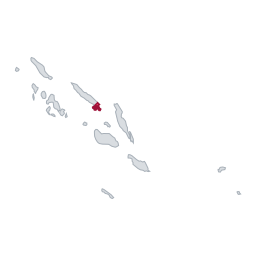 Gao-Bugotu, Isabel, Solomon Islands shown in context
{"feature_id": "97153195B92120906809587", "entity_name": "Gao-Bugotu", "entity_type": "district", "adm_level": 2, "iso_a3": "SLB", "parent_name": "Solomon Islands", "parent_adm1": "Isabel", "projection": "equal_earth", "projection_center": [159.757, -8.429], "detail": "fine", "context": "in_parent", "style": "filled", "palette": "rose", "viewbox_px": 256, "rotation_deg": 0, "n_neighbors": 0, "source": "geoboundaries", "source_scale": "gbopen_adm2", "svg_char_len": 6429}
<svg xmlns="http://www.w3.org/2000/svg" viewBox="0 0 256 256"><path d="M97.2,129.5L101.6,133.9L103.5,133.5L109.3,133.6L112.8,136.7L114.8,138.1L115.9,140.8L117.3,141.5L118.1,142.9L118.6,145.5L116.5,146.8L115.2,147.2L111.9,146.3L108.7,144.3L102.3,144.1L99.3,143.5L98.3,142.8L97.3,141.8L95.8,139.4L94.7,136.5L94.5,134.9L94.4,131.7L94.7,130.6L95.9,129.4L97.2,129.5ZM117.3,103.6L122.3,111.7L122.1,113.1L121.4,114.0L121.2,116.8L121.8,117.8L123.2,118.3L125.5,121.2L126.5,125.8L127.4,127.4L127.5,130.7L129.7,135.4L129.8,137.7L129.6,138.7L128.7,138.1L126.1,132.8L123.1,130.5L122.8,129.5L119.8,126.4L117.7,121.2L115.5,111.9L116.6,109.7L114.1,105.2L114.2,104.0L116.0,104.3L116.3,103.7L117.3,103.6ZM99.2,107.7L99.9,110.2L97.2,108.0L95.1,105.2L89.3,102.2L88.0,100.7L87.0,100.5L84.0,98.0L81.0,96.3L78.8,93.2L77.7,92.6L75.9,90.2L74.1,88.6L73.4,85.7L71.7,83.7L71.3,82.8L76.8,84.5L79.4,87.6L81.6,89.5L82.4,90.8L84.4,92.5L86.1,92.7L87.9,94.5L89.5,95.0L90.8,95.9L99.1,104.0L98.1,106.1L99.2,107.7ZM136.6,159.6L139.1,161.2L140.5,160.9L142.7,162.0L144.4,161.4L145.4,162.8L148.0,168.3L148.0,170.1L149.7,171.3L148.3,171.6L146.3,170.9L144.7,171.4L143.1,170.3L140.4,169.8L138.0,168.5L133.0,164.4L133.0,162.4L132.2,161.4L132.0,158.9L130.2,158.1L128.1,158.0L128.0,156.8L128.4,154.7L129.9,154.7L131.8,155.6L136.6,159.6ZM51.7,77.0L52.4,78.0L50.8,79.6L48.8,78.7L48.3,77.3L46.9,77.7L44.0,76.9L40.0,73.0L35.8,65.7L31.8,61.6L31.0,60.4L30.9,58.3L31.4,57.5L34.0,58.4L37.2,61.7L42.5,65.2L44.0,66.9L44.9,71.2L45.8,72.4L48.7,75.7L51.7,77.0ZM57.3,101.7L58.6,103.9L60.1,108.8L59.8,110.5L58.8,110.6L58.5,111.7L57.1,109.3L55.2,108.7L53.8,107.2L53.2,102.5L52.1,102.1L49.1,102.6L48.1,104.2L46.7,103.7L46.4,102.3L46.6,100.9L48.5,99.5L48.8,97.8L50.7,94.7L51.9,94.2L54.0,95.3L54.3,99.6L55.1,101.0L57.3,101.7ZM113.7,197.6L112.3,198.5L111.1,198.0L110.1,197.3L109.3,195.3L107.6,194.0L105.2,193.4L104.0,192.1L102.3,191.7L101.8,190.6L101.9,189.4L102.2,188.8L103.8,189.4L111.2,194.8L113.7,197.6ZM35.7,93.1L35.3,93.4L34.7,92.0L34.2,91.5L34.2,89.9L32.2,87.3L32.0,85.4L33.2,83.6L34.7,84.7L36.3,86.9L38.1,87.7L37.8,89.2L36.1,91.8L35.7,93.1ZM45.9,97.4L45.0,98.5L42.8,98.3L41.2,95.5L41.2,93.5L42.5,91.6L44.1,91.2L44.9,92.0L45.7,93.6L46.0,95.6L45.9,97.4ZM64.3,113.7L62.3,115.8L60.9,115.1L59.7,113.2L60.3,110.4L61.4,109.9L62.1,108.9L64.2,109.7L64.8,110.2L63.5,111.6L64.2,112.6L64.3,113.7ZM224.9,169.6L221.6,170.2L220.3,172.1L218.6,171.9L218.1,170.3L218.1,169.5L219.0,169.7L219.5,168.1L220.5,167.3L222.8,167.0L225.5,167.8L224.9,169.2L224.9,169.6ZM133.3,139.1L133.4,143.0L131.8,140.8L131.1,141.6L130.5,140.6L130.6,136.1L129.6,131.7L130.4,132.1L133.3,139.1ZM49.9,114.4L49.9,114.8L48.7,114.1L46.3,110.4L46.7,109.2L49.0,106.8L49.6,106.5L50.3,108.0L49.7,110.2L49.0,110.7L48.7,112.7L49.9,114.4ZM105.6,122.1L107.3,122.4L110.4,126.0L109.7,127.1L108.3,126.5L107.8,126.7L107.3,125.5L105.8,124.5L104.4,124.4L104.2,123.1L105.6,122.1ZM86.0,125.5L83.6,125.1L82.9,124.2L83.7,122.9L84.8,122.0L85.7,122.8L86.8,123.0L86.9,124.7L86.0,125.5ZM18.6,70.7L16.6,71.4L15.4,70.5L15.9,68.4L16.6,67.4L19.1,69.3L18.6,70.7ZM96.0,108.9L95.0,109.3L93.6,108.3L93.0,107.4L93.3,106.0L94.1,105.4L95.0,106.4L95.1,107.3L96.0,108.9ZM240.6,194.0L238.9,194.4L238.2,194.3L237.0,192.0L237.9,191.5L239.2,191.7L239.6,193.0L240.6,194.0ZM55.0,115.7L55.0,116.6L53.8,116.3L51.2,114.9L51.1,114.2L52.6,114.0L53.7,114.2L55.0,115.7ZM34.2,97.8L33.8,100.5L32.8,97.1L33.0,94.4L33.4,94.0L34.2,97.8ZM67.2,116.7L65.7,117.5L65.2,116.4L66.3,113.5L67.2,116.7Z" fill="#d9dde1" stroke="#a8b0b8" stroke-width="1"/><path d="M95.2,105.5L95.4,105.9L95.6,106.1L95.8,106.4L96.0,106.3L96.2,106.2L96.2,106.4L96.4,106.3L96.5,106.3L96.4,106.3L96.2,106.5L96.3,106.6L96.2,106.6L96.1,106.8L96.3,106.9L96.2,107.1L96.3,107.1L96.4,107.4L96.2,107.4L96.3,107.5L96.6,107.6L96.9,107.6L97.0,108.0L97.4,108.0L97.2,108.2L97.3,108.5L97.6,108.6L97.8,108.7L97.7,108.5L97.8,108.5L98.0,108.7L98.0,108.8L98.1,109.1L98.2,109.3L98.3,109.4L98.3,109.6L98.5,109.7L98.7,110.0L98.8,110.1L99.2,110.2L99.2,110.3L99.3,110.3L99.5,110.4L99.7,110.5L99.8,110.5L100.1,110.4L100.1,110.2L99.9,110.0L99.9,109.8L99.7,109.8L99.8,109.7L99.7,109.6L99.9,109.6L99.8,109.4L99.7,109.5L99.7,109.4L99.5,109.2L99.5,109.4L99.6,109.5L99.4,109.4L99.4,109.5L99.4,109.4L99.3,109.1L99.5,109.0L99.4,108.9L99.2,108.9L99.3,108.7L99.5,108.7L99.5,108.3L99.5,108.2L99.4,108.1L99.2,108.0L99.2,107.8L99.3,107.8L99.3,107.7L99.2,107.5L98.9,107.5L98.6,107.6L98.3,107.7L98.5,107.5L98.8,107.3L98.8,107.2L98.7,107.0L98.6,106.9L98.5,107.0L98.4,106.9L98.5,106.8L98.6,106.7L98.4,106.5L98.2,106.8L98.2,106.7L98.2,106.8L98.1,106.7L98.0,106.8L97.9,106.9L98.0,107.1L97.8,107.1L97.8,107.3L97.7,107.1L97.8,107.1L97.7,107.1L97.6,106.8L97.7,106.6L97.7,106.4L97.4,106.3L97.4,106.2L97.2,106.2L97.1,105.9L97.3,105.9L97.5,105.9L97.8,105.9L98.0,106.1L98.3,105.8L98.4,105.6L98.5,105.4L98.5,105.2L98.8,105.1L99.0,105.0L99.0,104.7L99.4,104.5L99.3,104.4L98.8,104.1L98.7,103.9L98.6,103.7L98.4,103.6L98.1,103.4L98.0,103.2L97.8,103.1L97.8,102.9L97.7,102.8L97.6,102.7L97.4,103.0L95.4,104.8L95.4,105.0L95.4,105.4L95.2,105.5ZM94.9,105.7L92.6,107.2L92.6,107.3L92.7,107.5L92.8,107.7L92.8,107.9L92.9,108.2L93.0,108.2L93.1,108.3L93.3,108.4L93.5,108.6L93.7,108.8L93.7,108.7L93.8,108.8L93.8,108.6L94.0,108.6L93.9,108.8L94.0,108.6L94.1,108.8L94.3,108.8L94.3,109.0L94.4,109.4L94.5,109.4L94.5,109.5L94.8,109.9L95.1,109.9L95.3,109.9L95.2,110.0L95.3,110.0L95.5,110.1L95.9,110.0L95.9,109.8L96.0,109.7L95.8,109.5L95.8,109.4L96.0,109.4L96.3,109.2L96.2,109.0L96.1,108.9L95.9,108.9L95.9,109.0L95.8,108.9L96.0,108.7L95.9,108.6L95.7,108.6L95.4,108.4L95.2,108.6L95.0,108.4L95.3,108.3L95.3,108.2L95.2,108.0L94.8,107.8L94.8,107.6L94.7,107.5L94.8,107.4L94.9,107.5L95.1,107.3L94.8,107.4L95.0,107.2L95.0,106.9L95.0,106.7L95.0,106.3L95.0,106.1L95.0,105.9L95.0,105.7L94.9,105.7ZM100.7,109.4L100.7,109.0L100.4,108.8L100.4,109.0L100.5,109.2L100.6,109.3L100.6,109.5L100.7,109.4ZM98.7,106.0L98.6,106.3L98.3,106.3L98.3,106.5L98.4,106.4L98.7,106.3L98.7,106.1L98.7,106.0ZM95.2,107.5L94.9,107.5L95.0,107.7L95.2,107.5ZM99.7,110.7L99.6,110.8L99.7,110.7ZM99.9,109.2L99.7,109.2L99.7,109.3L99.9,109.2ZM95.5,107.7L95.4,107.6L95.5,107.7ZM98.9,106.9L98.7,106.9L98.8,106.9L98.9,106.9ZM97.3,108.7L97.2,108.5L97.3,108.7ZM99.5,109.0L99.5,108.9L99.5,109.0L99.5,109.0ZM98.8,106.4L98.8,106.5L98.8,106.4ZM95.5,108.1L95.4,108.1L95.5,108.1L95.5,108.1ZM96.0,106.9L95.9,106.9L96.0,106.9ZM99.7,110.8L99.7,110.7L99.7,110.8ZM96.0,109.9L95.9,109.9L96.0,109.9Z" fill="#f43f5e" stroke="#9f1239" stroke-width="1.5"/></svg>